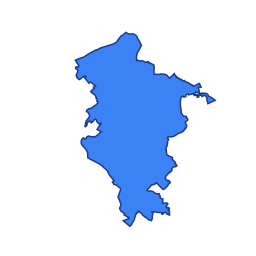 outline of Sieu-Magherus, Bistrita-Nasaud, Romania, rotated 30°
{"feature_id": "2599482B89364965460563", "entity_name": "Sieu-Magherus", "entity_type": "district", "adm_level": 2, "iso_a3": "ROU", "parent_name": "Romania", "parent_adm1": "Bistrita-Nasaud", "projection": "mercator", "projection_center": [24.401, 47.084], "detail": "fine", "context": "isolated", "style": "filled", "palette": "blue", "viewbox_px": 256, "rotation_deg": 30, "n_neighbors": 0, "source": "geoboundaries", "source_scale": "gbopen_adm2", "svg_char_len": 5850}
<svg xmlns="http://www.w3.org/2000/svg" viewBox="0 0 256 256"><g transform="rotate(30 128 128)"><path d="M167.9,203.8L168.0,205.2L171.0,205.2L171.7,205.0L172.2,205.2L172.4,205.5L173.0,205.5L173.6,205.0L173.7,205.5L173.7,206.5L170.3,210.7L178.6,212.2L178.8,212.1L178.8,211.4L179.3,210.7L179.5,210.2L179.1,207.8L179.4,206.2L178.9,202.8L178.3,200.7L178.1,199.4L178.2,198.4L177.9,197.6L177.9,197.3L178.7,196.8L178.8,196.6L178.8,195.7L178.3,195.3L179.4,194.6L180.3,195.0L182.2,195.2L184.1,196.0L186.9,196.6L187.2,196.4L192.0,197.1L194.6,196.5L194.3,195.1L194.3,194.1L192.8,191.8L192.8,190.9L192.1,189.1L190.9,189.0L190.7,188.8L192.3,187.5L196.4,186.1L198.5,185.0L199.0,185.0L199.7,184.7L200.0,185.1L200.3,185.6L201.1,185.3L200.8,184.3L201.2,184.4L201.4,184.2L201.5,183.3L202.9,182.1L203.2,182.1L204.3,183.0L204.8,183.1L206.2,182.7L207.2,182.8L207.5,182.6L207.1,182.1L206.9,181.5L205.4,179.3L205.1,179.0L203.9,179.1L203.6,178.9L203.5,178.6L203.7,178.0L204.3,177.6L204.2,177.2L203.2,176.6L202.2,177.1L201.5,177.8L201.0,177.6L200.4,176.4L200.5,175.7L200.2,175.1L200.3,174.4L200.5,173.9L200.4,173.7L199.4,173.5L197.7,174.4L196.5,175.5L195.7,175.6L195.4,175.4L195.3,174.9L194.8,174.3L194.2,172.7L193.9,172.2L193.2,172.1L191.2,172.5L190.8,172.4L190.4,172.1L190.0,171.0L188.7,170.2L188.0,170.1L187.8,169.4L186.9,170.1L184.4,170.9L182.5,170.8L181.4,170.5L180.6,170.7L178.6,171.5L177.0,172.5L175.7,172.6L175.7,171.4L176.3,169.3L176.9,165.6L177.6,165.1L179.4,163.0L179.9,161.2L189.1,163.7L190.4,162.0L190.6,160.0L191.0,159.3L191.2,158.0L191.1,156.4L191.4,155.6L191.8,155.2L191.9,154.9L191.7,154.0L190.5,153.2L190.2,153.5L189.1,153.3L189.1,154.0L185.9,153.3L185.5,152.9L184.8,150.9L186.4,144.8L186.8,144.8L187.2,142.9L187.2,142.6L186.5,141.7L186.3,141.3L186.4,140.3L186.8,139.3L187.4,138.5L188.7,137.6L189.1,136.7L189.1,136.1L186.8,135.4L187.0,134.9L185.6,134.4L185.7,134.0L182.7,133.1L182.6,133.4L182.4,133.3L181.9,132.8L181.5,131.8L180.7,131.2L178.6,131.7L176.2,131.8L174.3,131.2L173.6,129.9L173.1,129.5L172.9,129.0L171.0,126.4L170.8,125.6L170.9,124.4L169.6,121.0L169.2,120.3L169.1,120.0L168.9,118.4L169.0,117.7L167.6,117.0L167.1,117.1L167.2,116.1L167.1,115.5L170.0,114.1L171.1,113.1L172.4,111.5L174.7,107.0L176.1,105.8L176.5,104.5L177.2,103.7L177.7,102.9L177.4,102.0L178.1,100.8L177.6,99.9L178.2,99.1L178.3,98.6L178.1,97.8L177.6,96.5L177.2,96.1L176.4,95.9L175.5,95.0L174.9,94.7L174.8,94.4L174.8,93.7L175.6,91.8L175.7,91.4L175.5,90.7L175.2,90.4L173.6,89.7L172.7,88.8L170.0,90.0L168.4,89.2L167.9,89.1L166.7,88.1L165.9,87.3L164.8,85.6L162.9,83.5L162.5,82.6L161.5,81.3L160.0,78.8L159.8,78.1L159.4,77.5L159.0,75.6L158.6,74.7L159.1,73.5L159.7,72.9L160.3,73.5L161.0,73.3L162.1,72.2L162.3,71.6L161.9,70.9L161.7,70.1L161.7,69.8L162.2,69.2L163.0,68.7L163.6,68.6L163.9,69.0L164.1,68.9L164.9,67.9L165.6,67.5L166.1,66.7L167.7,65.4L168.0,65.5L168.2,66.4L169.8,66.4L170.0,65.8L171.3,65.4L172.4,66.0L172.7,66.2L172.7,66.6L173.7,65.6L173.3,65.4L173.3,64.1L173.5,63.6L174.1,63.0L174.5,63.3L175.2,62.9L176.3,63.7L177.6,61.9L178.1,61.5L178.6,61.5L179.2,61.5L180.6,62.1L181.4,62.8L182.8,64.8L183.2,65.0L185.0,67.0L189.7,60.5L188.0,60.2L183.3,59.9L181.8,60.2L180.9,59.4L179.9,59.0L179.1,58.9L178.1,59.1L175.9,60.1L174.9,61.3L174.5,60.9L173.0,62.8L172.6,64.2L168.8,65.5L168.3,65.1L168.6,64.7L168.7,62.6L171.1,62.6L172.6,62.1L168.6,57.5L169.5,56.7L170.9,56.1L169.6,55.1L167.4,53.8L165.7,56.4L164.3,59.1L164.0,59.0L164.0,58.8L163.4,58.5L163.0,58.7L161.6,58.7L161.1,58.9L160.5,58.7L159.9,58.9L157.7,58.6L155.3,59.1L154.1,59.1L153.2,58.7L152.8,59.4L151.7,59.5L151.0,59.9L150.2,59.2L149.3,59.4L149.1,59.8L148.6,60.1L148.1,59.9L147.8,59.6L146.3,59.5L144.8,60.3L144.6,60.2L144.6,59.7L144.5,59.1L143.6,59.1L142.2,58.7L140.9,57.7L139.2,64.0L134.6,62.8L133.2,63.2L131.9,63.5L130.8,64.2L129.6,64.6L128.2,65.9L126.1,67.3L123.8,68.3L122.0,65.7L120.3,62.4L119.2,60.7L118.3,60.4L117.5,60.5L117.2,60.6L114.9,60.6L113.9,60.8L113.6,61.2L113.4,60.9L112.8,61.0L112.6,61.0L112.4,60.5L111.8,60.6L111.7,61.1L111.4,61.4L110.7,61.7L110.3,62.4L108.6,62.4L106.4,62.8L105.4,63.7L104.7,64.1L103.2,64.2L102.5,64.6L101.8,65.4L99.6,61.8L99.0,59.8L98.6,59.0L98.4,49.7L92.6,46.0L91.5,45.6L89.8,44.2L88.5,43.8L85.4,43.8L84.7,44.4L81.5,46.2L78.2,46.4L77.5,49.2L75.9,52.0L75.2,57.2L75.2,59.1L74.1,61.3L71.3,64.8L64.2,72.4L61.6,76.6L61.2,76.4L56.2,84.6L54.4,88.5L51.5,91.7L48.5,95.6L54.3,98.7L54.3,99.3L54.5,99.5L54.4,100.2L52.9,100.7L52.3,101.5L52.4,102.1L53.1,102.7L54.3,102.5L55.6,103.2L56.1,103.9L56.3,104.6L56.4,105.3L56.8,106.9L56.6,107.6L56.9,108.4L57.6,108.9L57.9,109.5L58.5,109.8L59.3,109.9L60.7,110.4L61.8,110.3L63.6,105.9L63.8,105.9L64.4,104.5L66.0,104.9L65.4,106.2L68.1,107.2L71.8,108.8L72.8,106.7L77.0,107.8L77.5,107.7L79.0,107.8L77.7,109.9L78.8,110.5L78.3,110.7L78.6,111.2L78.7,111.5L78.2,112.1L77.7,114.1L77.9,114.2L77.6,115.2L77.8,115.2L78.0,114.9L78.6,115.1L79.0,115.6L82.5,115.9L83.4,116.2L84.9,117.2L85.3,118.1L85.6,118.3L86.3,118.6L86.3,118.0L86.6,118.1L87.2,119.2L87.6,119.5L87.7,120.4L88.5,120.5L89.3,121.1L88.8,123.9L87.7,125.9L86.4,128.9L85.4,130.4L84.8,130.4L83.4,133.0L83.7,134.4L86.1,134.7L88.2,136.0L88.8,136.6L88.7,141.2L88.3,141.7L88.2,142.6L89.0,145.4L89.7,146.6L89.6,147.2L89.8,148.0L90.3,148.2L90.8,147.3L91.0,146.5L91.0,145.8L90.2,144.4L90.1,143.8L90.8,141.8L91.1,142.0L92.4,140.7L93.4,141.9L93.6,142.0L94.4,139.8L94.6,139.1L94.5,138.4L94.7,137.7L95.3,136.7L96.3,136.6L97.7,137.9L99.7,138.8L101.0,138.9L102.1,137.3L102.6,137.8L102.0,141.8L102.0,144.8L106.7,144.6L105.7,147.8L103.8,152.4L102.6,152.6L101.4,153.6L97.6,154.8L96.8,156.6L96.9,157.6L96.3,159.0L94.2,158.9L93.7,160.3L93.9,162.5L95.4,165.0L98.2,166.3L101.8,167.3L105.1,169.3L108.2,174.0L122.2,173.4L131.1,175.2L135.1,177.9L142.4,180.7L141.4,182.4L144.0,183.9L146.4,183.2L151.7,184.1L152.4,185.1L153.8,192.6L160.3,197.7L160.9,201.8L161.8,202.5L163.8,203.6L167.9,203.8Z" fill="#3b82f6" stroke="#1e3a8a" stroke-width="1.5"/></g></svg>